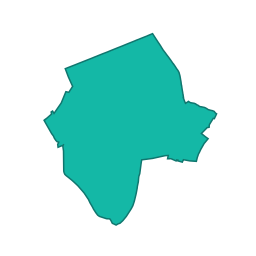 outline of Serrekunda West, Banjul, Gambia, rotated 282°
{"feature_id": "56634734B71497134195207", "entity_name": "Serrekunda West", "entity_type": "district", "adm_level": 2, "iso_a3": "GMB", "parent_name": "Gambia", "parent_adm1": "Banjul", "projection": "mercator", "projection_center": [-16.697, 13.446], "detail": "fine", "context": "isolated", "style": "filled", "palette": "teal", "viewbox_px": 256, "rotation_deg": 282, "n_neighbors": 0, "source": "geoboundaries", "source_scale": "gbopen_adm2", "svg_char_len": 2984}
<svg xmlns="http://www.w3.org/2000/svg" viewBox="0 0 256 256"><g transform="rotate(282 128 128)"><path d="M119.1,45.1L118.1,44.3L115.7,46.4L106.5,54.6L104.8,56.6L102.6,58.2L100.8,60.1L99.8,61.6L99.8,63.2L98.9,63.2L97.5,62.6L94.6,63.6L96.4,66.2L97.3,67.9L98.2,68.3L98.8,68.6L97.0,67.9L92.1,69.7L72.5,74.1L71.0,74.8L69.5,75.9L68.5,77.5L67.3,80.0L65.2,84.1L64.1,86.0L61.2,90.8L60.7,91.5L59.1,93.6L55.4,98.5L51.1,102.9L50.7,103.3L50.1,104.0L46.8,106.5L44.4,108.7L43.4,109.6L41.4,111.2L38.3,114.3L37.8,114.9L36.5,116.4L35.6,118.4L34.8,125.9L35.3,128.8L35.3,129.1L34.0,130.5L31.5,132.5L31.2,134.0L30.6,136.5L30.8,136.8L32.0,138.0L33.2,140.0L36.3,142.2L41.1,144.7L49.8,148.0L53.0,148.9L57.6,149.4L64.6,149.6L66.4,149.6L70.8,149.5L73.0,149.3L76.7,149.3L77.4,149.3L80.5,148.9L82.3,148.7L83.6,148.7L84.1,148.8L85.8,149.0L91.0,148.6L95.9,148.2L96.0,148.2L99.7,148.0L103.4,158.5L103.8,159.3L108.6,169.9L108.9,170.9L109.5,173.1L106.1,173.1L106.9,176.5L105.8,181.8L105.8,182.0L106.9,182.3L106.9,183.1L106.9,183.6L106.2,183.6L106.2,183.8L105.9,188.2L107.0,188.4L107.6,188.7L108.5,188.8L108.5,189.0L108.7,195.4L109.6,201.8L113.5,201.9L117.5,202.4L118.6,202.8L122.5,203.7L122.7,203.8L128.7,205.7L129.2,205.9L129.4,206.1L134.2,208.6L135.5,205.6L137.9,200.9L140.0,202.3L143.8,204.7L144.8,205.3L145.6,207.2L147.9,206.9L148.8,207.1L151.0,207.9L151.3,208.0L155.2,209.4L155.1,210.5L158.4,211.3L160.3,211.7L160.8,210.4L161.3,209.9L161.7,209.3L162.1,209.0L162.1,208.9L162.2,208.5L162.2,208.4L162.5,207.3L162.5,206.6L162.5,205.2L162.7,202.5L163.4,200.9L163.5,200.5L163.8,199.5L163.9,199.0L164.0,198.6L164.0,197.5L164.0,196.9L164.0,196.6L164.0,195.4L163.9,193.9L164.1,193.2L164.8,191.8L165.1,190.2L165.3,189.8L165.6,189.4L165.9,187.9L165.9,187.1L165.8,185.1L165.8,184.2L165.8,183.6L166.6,181.5L166.0,181.1L164.1,179.1L166.2,177.6L169.1,175.8L169.2,176.0L169.8,175.8L171.3,175.2L172.2,174.9L172.7,174.6L173.6,174.3L174.9,173.8L176.1,173.3L177.4,172.8L179.0,172.2L180.4,171.7L180.9,171.5L180.9,171.4L182.5,170.8L183.2,170.6L183.4,170.5L184.3,170.2L185.1,169.9L185.9,169.5L186.2,169.4L186.3,169.4L190.0,167.9L190.3,167.7L190.6,167.6L190.9,167.4L192.9,166.4L193.0,166.3L193.1,166.2L194.2,165.3L194.9,164.6L195.3,164.2L195.6,163.8L195.7,163.7L195.9,163.5L195.9,163.4L197.9,161.5L199.9,159.4L200.0,159.3L199.9,159.2L203.8,155.1L203.9,154.9L204.6,154.2L205.2,153.5L205.4,153.3L208.3,149.9L208.5,149.7L208.9,149.3L209.4,148.7L211.3,146.5L211.4,146.3L212.7,145.1L213.4,144.4L213.5,144.3L213.8,144.0L214.2,143.6L214.6,143.3L216.4,141.5L218.1,139.7L219.5,138.3L222.5,135.3L222.6,135.2L225.3,132.5L225.4,132.4L220.5,125.3L215.4,117.6L215.0,117.1L211.7,112.2L210.9,111.0L208.8,107.9L207.2,105.6L203.9,100.6L199.1,93.5L198.7,93.0L197.4,91.0L195.2,87.6L192.1,83.0L192.0,82.9L190.7,80.9L189.1,78.6L182.0,67.9L178.0,61.9L173.0,54.3L165.5,59.1L157.2,65.2L150.6,62.7L150.6,60.0L150.6,59.7L138.6,57.5L126.9,52.6L128.9,50.7L127.7,49.5L125.7,50.3L118.9,45.2L119.1,45.1Z" fill="#14b8a6" stroke="#0f766e" stroke-width="1.5"/></g></svg>